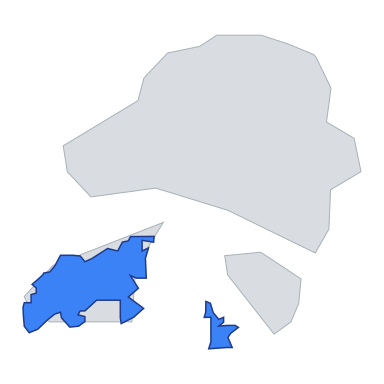 location of Islands within Hong Kong S.A.R.
{"feature_id": "HKG-5170", "entity_name": "Islands", "entity_type": "state/province", "adm_level": 1, "iso_a3": "HKG", "parent_name": "Hong Kong S.A.R.", "parent_adm1": "", "projection": "natural_earth1", "projection_center": [113.979, 22.247], "detail": "fine", "context": "in_parent", "style": "filled", "palette": "blue", "viewbox_px": 384, "rotation_deg": 0, "n_neighbors": 0, "source": "natural_earth", "source_scale": "10m", "svg_char_len": 1548}
<svg xmlns="http://www.w3.org/2000/svg" viewBox="0 0 384 384"><path d="M143.9,78.1L145.8,76.0L167.6,53.0L199.8,46.3L216.8,35.2L261.1,35.2L288.3,44.1L313.9,54.6L316.4,58.0L331.0,88.1L326.5,122.0L354.1,138.3L361.0,171.6L330.6,189.8L328.9,229.0L315.3,253.0L227.8,210.3L155.7,188.1L90.9,196.9L67.3,171.7L63.2,145.8L138.0,100.6L143.9,78.1ZM131.9,321.8L50.2,321.9L32.7,313.8L24.1,296.6L53.1,265.4L163.3,222.4L135.7,267.6L131.9,321.8ZM291.0,321.8L274.1,334.2L227.7,275.0L224.7,255.7L260.7,252.2L301.0,278.9L298.8,303.2L291.0,321.8Z" fill="#d9dde1" stroke="#a8b0b8" stroke-width="1"/><path d="M29.2,332.7L24.3,326.3L23.4,315.8L23.0,307.2L24.3,302.7L31.1,302.7L31.1,294.6L36.2,293.1L36.2,288.0L32.1,284.4L32.4,284.1L38.3,279.0L43.2,274.5L43.6,273.1L49.8,271.9L54.7,266.1L60.5,255.3L73.3,255.3L80.2,256.0L84.9,261.7L91.8,258.6L107.6,248.5L117.7,251.0L122.4,242.1L128.3,240.9L130.5,236.6L154.1,236.4L153.6,242.2L142.1,240.3L142.1,251.0L148.5,247.9L145.4,258.3L146.3,278.1L136.3,278.1L130.3,275.5L138.4,288.2L128.3,297.0L143.6,308.4L133.6,317.3L121.2,323.6L120.3,317.9L120.3,300.2L112.5,300.2L106.0,300.2L96.6,300.2L84.9,310.9L80.2,310.9L78.0,314.8L84.9,316.6L84.9,321.6L78.6,326.2L69.8,327.1L61.5,317.9L60.5,312.2L54.7,314.1L47.7,319.7L37.8,329.2L29.2,332.7ZM226.7,347.5L208.7,348.8L210.9,341.8L210.9,317.3L204.2,317.4L205.7,312.2L205.9,301.4L210.4,303.3L213.2,312.6L218.8,319.4L223.6,317.3L223.6,322.3L218.8,326.1L227.3,325.4L235.1,325.4L238.4,327.4L230.6,333.4L227.9,337.5L232.2,347.5L226.7,347.5Z" fill="#3b82f6" stroke="#1e3a8a" stroke-width="1.5"/></svg>